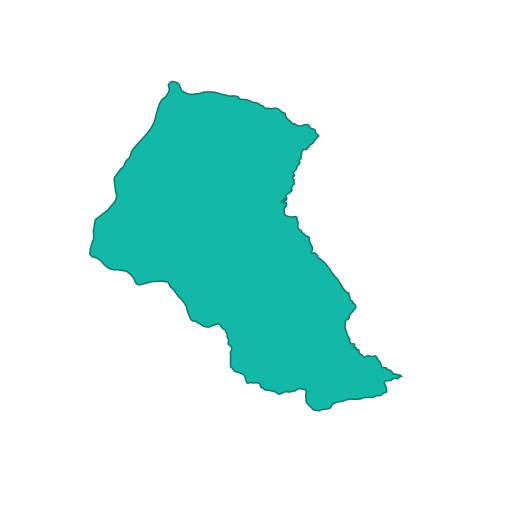 San Pablo, Nariño, Colombia (Robinson projection), rotated 230°
{"feature_id": "7082276B83182105185370", "entity_name": "San Pablo", "entity_type": "district", "adm_level": 2, "iso_a3": "COL", "parent_name": "Colombia", "parent_adm1": "Nariño", "projection": "robinson", "projection_center": [-77.0, 1.679], "detail": "fine", "context": "isolated", "style": "filled", "palette": "teal", "viewbox_px": 512, "rotation_deg": 230, "n_neighbors": 0, "source": "geoboundaries", "source_scale": "gbopen_adm2", "svg_char_len": 6110}
<svg xmlns="http://www.w3.org/2000/svg" viewBox="0 0 512 512"><g transform="rotate(230 256 256)"><path d="M163.9,167.9L163.1,169.2L162.7,170.6L161.8,171.1L161.0,171.7L157.8,175.8L156.3,176.4L155.2,176.6L152.0,175.4L150.2,176.4L148.1,176.6L147.4,177.0L147.2,177.4L145.4,178.8L144.4,180.0L143.4,180.5L140.6,183.0L135.3,184.6L134.5,186.5L133.8,189.7L133.4,190.7L132.0,192.6L130.0,194.4L129.0,197.1L127.8,198.8L127.4,199.7L127.4,201.7L127.1,202.8L126.2,204.1L125.0,205.4L121.7,208.0L121.2,208.0L119.8,207.2L118.3,205.8L116.3,203.6L114.1,202.3L113.2,201.4L110.9,200.4L107.8,200.5L104.9,200.9L101.6,201.0L100.2,201.5L97.5,204.4L96.8,204.9L96.3,207.1L95.8,208.2L93.9,210.8L92.1,214.1L91.8,215.0L92.1,216.3L92.9,218.3L93.1,219.7L93.1,220.3L91.9,224.1L89.1,229.1L87.4,233.4L85.7,236.4L81.9,240.5L79.5,243.9L78.9,245.1L78.6,247.0L72.3,255.2L71.6,258.2L71.3,259.0L70.0,260.3L69.2,262.1L68.9,265.6L68.3,267.4L67.8,268.5L69.2,269.9L71.5,271.3L72.3,271.7L75.7,272.3L76.2,272.6L76.7,273.2L76.9,273.9L76.8,274.8L76.1,276.6L74.9,277.8L74.3,278.8L73.9,280.1L73.7,283.4L72.9,284.3L71.6,284.7L71.0,285.4L71.1,288.2L70.3,290.1L72.1,289.8L73.2,288.8L75.6,287.3L76.3,286.6L76.6,285.8L77.1,285.5L80.7,285.6L83.0,284.8L84.6,283.6L86.5,284.0L87.4,283.2L88.4,281.9L89.4,281.0L90.2,281.0L94.2,282.6L98.7,282.9L100.8,283.5L102.2,283.4L103.3,282.6L104.4,279.9L106.8,278.7L107.8,277.7L108.2,276.6L108.4,274.5L108.6,274.2L109.4,273.7L112.1,273.6L113.2,273.0L115.4,272.7L116.1,273.1L117.4,274.2L118.3,274.3L119.1,273.8L119.6,272.7L119.8,272.6L121.0,273.5L121.7,273.7L121.9,273.5L122.4,272.3L122.9,272.1L123.4,272.4L123.9,273.8L124.6,274.6L125.0,274.7L125.8,274.6L126.3,274.3L126.7,273.4L127.1,272.8L127.9,272.5L128.9,272.5L130.3,272.7L131.4,274.0L132.1,274.4L137.1,275.3L140.7,277.1L142.5,277.4L143.2,277.7L144.9,279.0L148.3,282.4L148.7,282.9L148.8,284.2L148.4,285.4L148.4,286.6L148.8,287.7L150.4,289.4L150.9,290.7L151.2,293.0L151.1,294.3L151.7,295.8L151.9,298.1L152.4,299.2L153.2,300.0L154.6,300.7L156.0,300.6L157.9,300.0L159.5,300.8L161.4,300.2L162.4,300.3L163.6,300.9L164.7,301.8L166.1,301.8L167.0,302.9L167.6,303.2L168.0,303.2L169.2,302.5L171.7,302.0L175.3,302.0L176.5,302.1L179.5,302.8L182.8,303.1L184.5,303.5L193.8,303.4L196.5,303.7L198.3,304.1L204.5,304.3L210.4,303.8L215.4,302.5L216.0,302.7L216.6,303.6L217.3,303.6L218.5,303.0L219.6,303.4L220.5,302.8L221.1,302.8L221.9,300.9L222.1,300.6L222.8,300.5L223.3,300.6L223.4,300.9L224.2,303.0L226.1,304.6L228.2,305.3L231.4,305.9L236.1,308.6L237.5,308.5L238.9,307.4L239.6,307.1L242.7,306.9L244.1,306.2L245.2,306.3L246.1,307.0L246.5,307.1L247.3,306.8L248.2,306.2L250.2,306.1L251.4,306.8L252.7,308.1L254.4,309.6L255.6,310.3L257.3,310.6L258.2,311.3L258.5,311.9L259.5,312.1L260.7,311.7L263.5,307.7L266.5,305.5L268.2,304.7L270.5,305.2L272.9,306.9L274.2,308.4L274.7,309.2L274.5,310.7L274.9,310.5L275.1,311.4L275.8,312.1L275.9,312.7L277.5,313.6L278.1,311.8L278.5,311.2L278.8,311.2L279.2,311.6L279.7,312.6L279.4,315.2L279.8,316.1L280.1,315.9L280.5,314.9L280.5,312.0L280.6,310.7L281.2,310.2L281.6,310.4L281.4,313.4L280.8,316.4L280.9,316.8L281.4,317.3L282.6,317.5L283.3,318.1L283.4,319.1L282.8,321.5L283.0,323.1L282.8,324.6L283.0,325.6L283.8,326.3L285.3,326.5L285.7,326.8L285.9,328.9L286.6,329.5L286.6,329.8L286.3,331.3L286.4,331.7L287.5,332.4L288.1,332.5L289.7,334.0L291.7,334.1L292.6,334.4L293.0,335.0L292.8,337.0L293.1,337.5L295.3,337.8L295.9,338.3L296.2,339.5L296.5,342.3L298.3,345.3L298.6,346.3L298.7,347.9L299.2,349.5L300.0,350.0L301.7,350.5L301.8,350.8L301.7,353.3L302.0,353.7L303.9,354.8L304.6,356.4L306.4,357.8L306.6,358.3L307.0,361.1L306.7,361.5L305.2,362.7L305.1,363.4L305.7,365.2L305.8,367.1L306.2,367.9L306.3,368.5L305.9,371.2L306.0,372.9L306.3,374.1L307.0,375.2L307.2,377.7L307.6,379.9L307.6,381.2L309.8,381.2L311.0,381.0L312.0,381.0L312.4,381.0L313.8,382.0L314.6,382.2L315.6,382.1L318.1,380.4L318.9,380.1L322.3,380.4L323.7,379.9L325.6,377.2L326.7,373.6L329.7,371.3L331.4,370.9L332.4,370.5L334.3,369.1L335.6,368.8L337.4,368.9L339.3,368.4L341.7,368.3L344.8,368.7L345.4,369.5L346.6,370.0L346.9,369.9L347.5,369.2L348.2,369.1L350.7,367.9L352.7,368.1L353.6,367.7L354.5,367.6L355.5,366.8L356.2,366.4L357.7,364.6L359.5,361.7L361.3,360.4L362.7,358.4L363.9,357.8L366.5,357.8L367.9,356.6L370.9,355.9L372.3,355.2L373.9,354.1L374.8,353.0L375.5,352.6L376.5,351.9L378.1,351.3L381.3,349.7L386.3,344.6L389.6,344.5L392.1,342.9L395.7,338.3L398.7,336.3L402.7,333.1L407.2,330.2L410.6,327.1L413.2,324.0L415.3,320.9L416.5,317.6L418.6,314.7L420.4,311.6L421.6,310.1L423.9,308.1L426.5,306.8L430.4,305.3L433.4,306.2L436.2,307.3L439.4,307.1L442.4,305.1L443.6,304.0L444.2,301.8L443.8,299.9L443.3,298.6L439.4,296.8L437.7,294.5L436.0,289.4L436.4,285.5L435.8,282.7L434.0,278.7L428.5,270.4L424.0,264.4L423.2,261.7L421.9,259.3L420.1,252.3L419.1,246.2L417.4,233.3L416.5,228.9L414.2,224.9L412.7,222.6L412.3,217.3L409.9,212.8L409.6,211.0L409.6,208.4L408.6,203.9L407.1,198.2L406.1,196.7L395.7,189.9L391.4,187.9L388.5,183.3L386.5,171.8L387.1,156.2L379.6,147.4L373.6,142.9L371.9,139.6L367.8,133.4L364.1,129.8L360.7,129.9L359.9,130.8L357.0,132.6L354.1,133.6L351.0,134.2L347.8,134.0L343.3,134.7L341.2,135.2L336.6,138.3L334.3,141.3L327.7,146.9L325.6,147.4L321.4,148.1L318.6,148.1L316.6,147.8L314.0,146.8L312.7,146.7L311.1,146.7L309.8,147.1L309.3,147.6L308.7,148.5L306.1,153.7L304.3,157.8L302.9,160.2L297.1,167.9L295.1,169.4L293.6,171.2L292.7,171.6L291.9,171.7L288.8,170.9L286.9,170.7L283.0,171.2L279.2,170.9L275.3,170.5L270.4,171.0L266.3,170.8L263.4,170.4L261.6,170.0L259.3,168.6L255.7,167.2L250.1,165.4L248.3,165.4L246.7,165.9L245.3,167.6L244.8,167.9L242.4,168.3L240.2,169.4L236.3,170.5L233.8,172.2L232.1,173.9L231.6,174.7L228.9,182.6L227.8,183.7L226.4,184.1L223.4,183.8L221.5,183.9L219.6,184.7L219.1,184.7L214.4,183.5L213.8,183.2L212.8,182.1L211.9,181.7L209.5,181.2L208.4,180.3L208.0,179.8L207.7,179.0L207.0,178.7L206.2,178.0L202.8,178.8L202.1,178.7L201.3,178.2L199.7,176.9L198.8,174.6L198.2,173.9L196.8,173.2L189.2,166.6L187.3,165.3L186.8,165.3L185.8,165.6L181.5,165.5L174.5,169.8L173.6,170.1L172.4,170.3L170.3,169.8L168.3,168.7L165.5,167.6L164.4,167.5L163.9,167.9Z" fill="#14b8a6" stroke="#0f766e" stroke-width="1.5"/></g></svg>